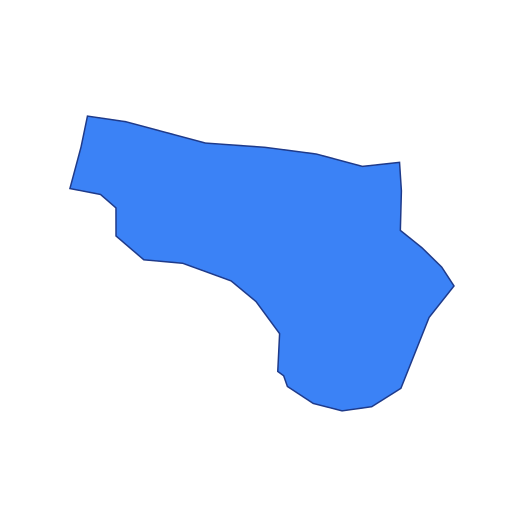 SVG path tracing the border of Encamp, rotated 15°
{"feature_id": "AND-4880", "entity_name": "Encamp", "entity_type": "state/province", "adm_level": 1, "iso_a3": "AND", "parent_name": "Andorra", "parent_adm1": "", "projection": "robinson", "projection_center": [1.643, 42.533], "detail": "fine", "context": "isolated", "style": "filled", "palette": "blue", "viewbox_px": 512, "rotation_deg": 15, "n_neighbors": 0, "source": "natural_earth", "source_scale": "10m", "svg_char_len": 549}
<svg xmlns="http://www.w3.org/2000/svg" viewBox="0 0 512 512"><g transform="rotate(15 256 256)"><path d="M455.0,233.7L439.1,270.5L430.2,346.3L406.8,371.6L379.2,383.3L349.4,383.6L320.1,373.9L313.7,364.5L306.9,361.9L298.9,324.9L267.8,300.0L238.4,286.5L187.1,282.0L148.6,288.7L115.6,272.9L108.3,245.8L89.9,236.8L58.8,239.0L58.8,196.1L57.0,164.5L95.5,160.0L130.3,160.0L177.9,160.0L236.6,148.7L287.9,141.9L335.6,141.9L370.4,128.4L379.6,155.5L388.8,193.9L414.4,205.2L438.3,218.7L455.0,233.7Z" fill="#3b82f6" stroke="#1e3a8a" stroke-width="1.5"/></g></svg>